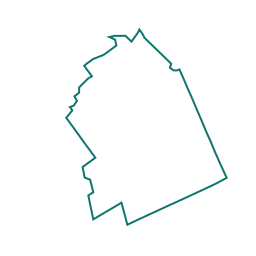 Litchfield, Connecticut, United States of America, rotated 153°
{"feature_id": "52423323B65115859299704", "entity_name": "Litchfield", "entity_type": "district", "adm_level": 2, "iso_a3": "USA", "parent_name": "United States of America", "parent_adm1": "Connecticut", "projection": "mercator", "projection_center": [-73.244, 41.76], "detail": "fine", "context": "isolated", "style": "outline", "palette": "teal", "viewbox_px": 256, "rotation_deg": 153, "n_neighbors": 0, "source": "geoboundaries", "source_scale": "gbopen_adm2", "svg_char_len": 885}
<svg xmlns="http://www.w3.org/2000/svg" viewBox="0 0 256 256"><g transform="rotate(153 128 128)"><path d="M62.7,38.8L62.1,54.1L61.4,66.9L60.5,78.1L60.1,87.3L59.3,97.7L58.6,108.3L58.6,108.5L57.2,128.5L57.2,128.8L57.0,134.0L55.9,150.4L55.6,156.8L58.2,157.1L61.2,158.6L63.3,162.7L60.3,165.6L72.4,201.0L72.3,205.0L73.2,210.6L75.6,208.6L85.7,203.4L88.4,211.3L98.4,216.3L103.3,217.5L99.4,212.7L100.9,206.8L116.6,204.2L127.6,205.3L135.4,204.1L138.8,203.3L136.7,190.5L141.2,190.2L153.0,186.4L155.5,181.7L159.8,180.8L161.3,180.6L161.2,175.2L163.0,174.3L166.2,172.6L170.2,173.0L169.6,169.0L178.4,165.1L174.8,142.7L174.8,142.1L170.6,116.4L186.2,113.8L189.1,103.5L185.2,99.2L188.1,86.5L193.9,86.0L196.1,78.3L200.4,62.4L167.7,64.4L172.5,42.1L162.3,41.8L145.3,41.2L121.8,40.3L121.5,40.2L121.0,40.2L107.2,39.6L106.9,39.6L75.2,38.5L62.7,38.8Z" fill="none" stroke="#0f766e" stroke-width="2"/></g></svg>